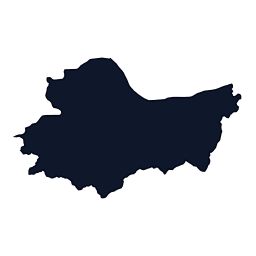 Bukit Mabong, Sarawak, Malaysia
{"feature_id": "92858781B56085190058706", "entity_name": "Bukit Mabong", "entity_type": "district", "adm_level": 2, "iso_a3": "MYS", "parent_name": "Malaysia", "parent_adm1": "Sarawak", "projection": "natural_earth1", "projection_center": [113.729, 1.769], "detail": "fine", "context": "isolated", "style": "filled", "palette": "ink", "viewbox_px": 256, "rotation_deg": 0, "n_neighbors": 0, "source": "geoboundaries", "source_scale": "gbopen_adm2", "svg_char_len": 4625}
<svg xmlns="http://www.w3.org/2000/svg" viewBox="0 0 256 256"><path d="M20.9,150.5L22.3,152.1L23.2,153.4L23.7,153.8L25.0,153.4L26.0,153.2L27.0,153.4L28.0,154.1L29.1,154.2L30.4,153.4L31.1,152.3L32.1,152.0L32.8,153.1L33.5,153.6L36.2,154.3L37.2,154.7L38.3,155.2L38.9,155.8L39.1,156.6L39.6,157.3L39.2,158.4L38.3,159.1L37.9,159.5L37.7,160.1L37.7,161.0L37.4,161.9L37.2,162.3L36.5,162.4L35.9,163.6L36.3,164.4L36.3,165.2L35.6,165.6L34.8,166.2L34.0,166.6L33.1,167.3L32.0,167.9L30.4,168.1L30.0,168.6L29.4,169.9L29.0,171.1L29.3,171.9L29.0,173.9L30.0,174.2L30.8,173.8L31.7,173.8L32.9,174.0L34.0,174.0L35.0,173.1L35.9,172.5L37.2,172.3L38.1,172.1L39.2,171.4L40.0,171.4L41.2,171.2L42.1,170.1L42.7,169.9L43.9,170.5L45.1,171.6L45.3,173.0L45.7,174.2L46.3,175.1L46.7,176.0L47.3,176.2L48.3,176.4L50.5,177.1L51.1,177.6L52.3,177.8L54.0,177.3L55.6,176.6L56.1,176.0L57.6,176.3L58.3,176.9L59.1,177.1L60.6,176.2L61.4,176.2L62.5,177.0L63.4,177.0L64.6,177.6L65.2,177.9L66.2,177.9L67.3,177.7L68.2,178.4L69.6,179.3L70.8,180.3L71.5,180.8L71.9,181.9L72.3,183.8L73.0,184.6L73.9,184.7L75.0,185.2L75.8,186.1L76.5,187.3L78.5,189.6L80.2,189.5L81.8,188.9L82.2,187.8L83.0,187.2L85.2,186.6L86.3,185.6L87.9,185.8L88.9,185.8L90.6,184.6L91.4,184.4L92.4,185.0L92.9,186.0L93.6,186.4L95.3,186.7L96.0,187.5L96.5,189.0L97.4,190.0L97.6,191.2L98.0,192.8L98.8,193.4L100.2,194.4L101.3,195.3L101.2,196.9L102.1,197.7L103.1,197.3L103.7,197.6L105.5,196.9L106.4,195.8L107.1,194.9L108.1,193.7L109.5,192.5L111.4,191.4L113.7,191.0L117.4,188.9L121.0,187.7L122.1,186.0L123.1,181.5L122.3,180.0L123.7,178.1L125.1,177.1L126.8,176.8L128.0,175.6L129.0,174.8L131.0,173.9L132.4,173.6L133.6,173.5L135.3,172.1L136.1,170.5L137.1,169.8L139.1,168.5L140.3,168.3L140.8,168.4L141.8,169.1L143.4,169.5L144.8,169.1L148.0,167.9L149.9,167.4L151.1,166.7L152.6,166.7L153.7,167.9L155.2,167.6L157.0,166.5L159.3,168.2L160.1,169.4L161.4,170.4L163.4,171.8L164.0,172.7L164.4,173.6L164.8,173.8L165.6,172.9L166.2,171.8L167.0,170.8L168.2,169.5L169.0,169.1L171.2,169.3L172.6,169.3L173.6,168.0L176.3,166.2L178.1,165.7L181.3,164.2L182.7,163.9L184.4,162.2L184.8,161.0L185.5,160.3L186.4,160.3L187.1,161.0L188.8,162.0L189.9,162.8L191.2,163.5L192.4,164.4L193.9,165.6L194.9,165.7L196.7,166.0L197.4,166.8L198.1,167.6L200.0,169.6L201.1,170.4L202.6,171.0L204.6,171.1L205.5,169.9L206.6,167.9L207.1,166.8L207.6,165.2L208.9,163.8L209.4,162.3L209.6,160.8L209.4,159.7L208.7,158.2L208.5,157.0L209.1,156.1L209.6,155.2L209.4,153.6L209.7,152.2L211.3,152.0L212.7,150.8L213.5,149.8L214.5,148.6L215.3,147.6L216.4,144.5L216.9,142.7L218.4,141.3L219.5,139.9L220.4,135.7L220.8,133.8L221.6,131.2L221.0,130.0L220.6,127.1L221.1,124.2L220.3,123.5L219.3,121.6L220.8,119.9L221.6,118.2L222.0,116.2L224.8,115.5L227.0,117.3L228.3,117.5L229.5,115.6L230.0,114.1L231.3,113.6L232.5,112.1L234.4,111.5L236.3,111.4L237.8,109.4L238.3,107.1L236.5,105.6L235.8,103.3L237.0,101.5L238.7,99.0L240.5,98.5L240.6,97.0L240.5,95.8L239.8,94.8L239.1,94.5L238.1,94.3L237.2,95.1L235.5,96.5L234.3,96.7L232.3,96.6L232.3,95.0L231.2,93.9L231.6,92.0L232.4,91.6L232.0,90.5L231.0,89.8L230.9,88.7L231.7,87.9L232.3,87.1L232.3,86.0L232.0,84.7L231.5,84.3L230.3,84.8L229.7,84.8L227.8,85.6L225.0,86.3L221.1,87.7L219.7,88.4L215.7,89.8L212.1,90.5L204.4,91.4L200.7,92.8L197.7,93.7L195.0,95.3L192.2,96.9L189.5,97.5L183.6,97.7L177.4,97.6L173.2,97.6L168.0,98.3L164.9,99.8L154.3,100.7L148.6,100.9L144.3,99.0L141.7,97.4L139.8,96.1L137.4,94.4L135.5,92.7L133.6,91.3L132.0,89.4L130.4,87.7L128.9,85.6L128.0,83.5L126.5,79.7L124.4,75.7L123.2,73.1L122.0,71.4L120.4,69.6L118.8,67.8L117.4,66.1L116.2,64.2L114.0,62.2L110.3,58.8L109.8,59.3L104.7,58.7L102.0,58.3L99.8,58.6L91.9,59.5L89.9,59.9L88.0,61.7L86.6,62.6L83.7,64.2L81.0,66.0L79.6,67.6L78.5,68.8L76.6,69.6L65.0,70.0L64.4,71.7L64.9,73.7L65.0,76.4L63.4,79.1L62.2,79.5L56.0,80.2L53.7,80.3L52.0,79.6L51.2,78.8L50.4,78.0L49.1,77.8L47.5,77.9L47.2,78.7L47.3,80.6L47.9,81.8L49.2,82.5L49.6,83.2L49.0,85.9L47.8,87.5L47.4,88.9L47.2,91.2L46.7,92.6L46.0,95.2L46.5,97.3L48.1,99.5L50.0,100.6L51.8,102.5L52.7,105.5L53.8,107.2L56.8,107.8L59.0,108.6L61.1,110.2L61.8,111.4L61.9,113.2L61.0,114.7L59.7,115.6L46.1,115.7L44.6,115.9L42.6,116.2L41.3,117.5L39.8,119.5L38.7,121.1L37.5,122.4L36.6,123.3L35.4,123.8L33.8,124.0L32.3,124.4L31.1,125.7L29.7,126.8L25.7,128.2L25.9,129.6L25.9,130.9L25.3,132.7L23.7,134.2L23.2,134.5L22.2,134.9L21.4,135.0L20.7,135.1L19.7,135.1L18.6,135.3L17.5,135.6L16.4,136.0L15.4,136.5L16.7,136.6L17.9,136.3L18.9,136.1L20.0,136.4L21.2,137.1L21.9,137.5L23.2,138.3L23.9,139.3L24.1,141.3L24.2,143.0L24.8,144.5L24.8,145.5L24.3,146.4L23.3,146.7L22.2,147.1L21.5,147.6L21.4,149.2L21.2,150.3L20.9,150.5Z" fill="#0f172a" stroke="#020617" stroke-width="1.5"/></svg>